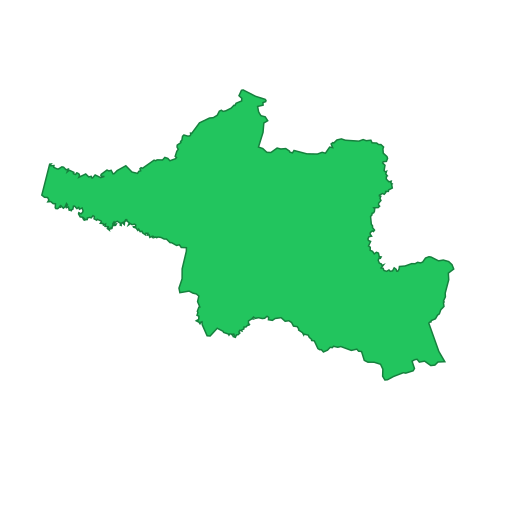 Tonkpi, Dix-Huit Montagnes, Ivory Coast, rotated 71°
{"feature_id": "98640826B98350089255378", "entity_name": "Tonkpi", "entity_type": "district", "adm_level": 2, "iso_a3": "CIV", "parent_name": "Ivory Coast", "parent_adm1": "Dix-Huit Montagnes", "projection": "albers", "projection_center": [-7.715, 7.368], "detail": "fine", "context": "isolated", "style": "filled", "palette": "green", "viewbox_px": 512, "rotation_deg": 71, "n_neighbors": 0, "source": "geoboundaries", "source_scale": "gbopen_adm2", "svg_char_len": 6147}
<svg xmlns="http://www.w3.org/2000/svg" viewBox="0 0 512 512"><g transform="rotate(71 256 256)"><path d="M218.5,105.1L218.7,106.1L217.0,107.1L212.2,104.5L209.3,106.0L208.3,105.0L209.0,101.9L206.5,99.8L204.6,99.8L200.2,102.2L196.0,101.1L194.5,99.9L191.3,101.6L190.5,103.8L188.5,105.1L186.8,109.4L183.9,109.7L182.9,114.2L180.8,116.8L180.9,121.3L175.6,133.9L173.1,137.1L172.6,141.7L174.5,145.7L173.8,146.4L174.5,148.5L178.5,148.2L177.0,150.9L181.4,156.9L179.5,159.7L179.6,164.7L176.0,174.6L168.6,185.7L170.4,188.0L168.7,190.3L167.7,190.2L164.1,192.9L162.9,197.7L160.8,200.9L163.0,208.2L161.5,212.0L156.6,214.6L153.8,218.2L141.4,209.1L132.8,205.3L131.9,200.9L127.4,202.0L125.0,205.6L123.3,206.1L120.5,206.6L115.1,205.8L115.7,200.2L113.2,199.5L113.2,196.6L112.1,195.9L110.8,196.4L104.9,204.4L94.8,214.1L94.6,215.8L98.9,219.9L102.3,218.1L104.7,219.1L105.1,225.1L106.8,226.9L106.3,227.8L108.1,231.3L108.9,237.4L108.5,240.2L106.9,241.3L107.1,243.5L110.3,246.8L111.3,251.3L110.4,255.1L111.7,266.1L119.0,276.7L118.5,277.9L120.1,278.2L120.9,279.5L120.5,281.4L118.1,284.8L118.9,286.5L122.4,288.4L123.1,290.0L124.3,290.1L125.5,294.4L127.3,295.2L129.8,294.8L131.2,296.8L135.5,300.0L137.0,299.1L137.8,300.5L137.9,306.4L135.0,307.6L133.1,310.1L134.8,313.1L132.9,318.2L133.3,319.8L132.2,321.2L136.1,334.7L135.1,335.9L135.7,337.3L137.9,337.3L137.8,339.3L139.3,341.1L136.3,345.9L128.3,349.7L130.0,359.4L132.0,363.4L131.8,364.4L127.8,365.1L127.7,367.4L126.2,368.9L128.4,375.8L129.5,376.5L130.4,376.1L131.4,373.4L131.4,377.3L127.0,381.7L129.0,385.1L128.7,385.8L127.0,385.9L126.8,388.4L123.0,390.3L123.9,397.9L122.6,396.7L121.0,396.6L119.4,397.8L119.0,398.6L120.2,400.0L119.7,400.7L118.7,401.8L117.6,401.0L114.1,404.6L115.0,407.1L112.7,405.3L112.6,407.5L109.4,409.0L108.5,410.5L109.4,414.6L108.9,415.7L106.3,418.4L104.7,417.6L103.9,420.7L103.0,420.9L102.3,419.8L102.0,421.2L128.7,438.7L131.6,436.9L132.8,434.0L135.6,433.6L137.0,435.2L137.7,432.4L140.5,430.7L141.3,428.6L145.0,430.1L146.0,429.8L146.7,428.1L145.7,425.6L146.7,424.5L145.1,425.2L144.7,424.2L148.1,422.6L147.3,420.5L144.7,418.1L146.3,417.6L147.6,419.7L148.6,419.6L148.6,417.4L151.9,417.7L152.2,415.7L153.6,416.2L152.2,415.3L152.1,413.9L149.4,412.4L149.8,411.3L152.9,409.9L152.3,407.8L154.3,407.7L154.0,404.8L157.0,404.8L158.1,405.6L159.2,407.7L157.4,409.4L158.4,410.1L161.8,409.5L162.8,407.5L165.7,407.1L166.1,406.6L164.5,406.3L166.2,405.4L166.6,403.7L165.2,403.1L165.3,400.7L166.3,399.4L164.8,397.0L166.0,396.0L168.1,397.0L170.3,395.0L169.6,394.1L172.4,391.1L173.4,391.1L174.4,392.5L175.5,390.1L177.1,390.2L176.8,387.9L178.8,389.1L180.2,386.2L181.6,387.6L183.5,386.4L181.5,386.3L182.9,385.5L183.1,384.3L182.1,383.8L182.8,383.1L179.8,381.2L180.8,381.0L181.3,378.8L180.2,377.6L179.6,380.2L178.7,380.8L177.5,379.1L178.4,378.9L178.0,375.8L181.2,373.4L182.6,374.3L183.2,373.5L181.1,372.9L180.9,370.3L181.8,369.9L182.1,371.0L183.4,370.3L180.6,369.0L180.4,367.4L179.9,368.1L179.2,367.4L179.5,366.4L181.1,366.5L183.4,365.0L185.2,366.6L184.5,364.2L186.0,363.0L186.3,360.4L187.6,359.6L189.0,360.3L188.4,362.4L188.9,362.4L190.5,360.3L193.3,359.4L192.4,358.2L195.3,357.6L195.4,355.8L197.2,355.7L200.0,353.6L198.6,352.7L199.4,350.8L200.9,351.9L201.2,350.2L203.8,350.3L203.5,348.6L205.1,347.5L203.9,346.9L205.5,345.8L205.4,344.5L206.4,343.9L206.1,342.5L207.6,339.7L210.0,337.4L210.9,335.1L215.4,332.9L215.9,331.5L220.2,327.6L220.4,324.8L223.6,323.9L225.5,319.1L228.8,320.3L244.1,330.0L253.5,333.3L261.3,339.3L265.9,339.9L267.4,330.7L270.6,327.7L272.5,324.7L275.3,323.1L280.1,326.1L285.9,325.7L285.8,326.7L289.2,329.5L290.5,329.3L292.9,331.1L294.3,329.6L296.8,330.6L298.2,332.0L297.5,332.3L297.8,333.6L300.1,331.4L301.8,331.0L300.6,329.7L300.6,328.5L303.5,329.2L315.5,328.2L316.7,325.4L311.7,316.2L316.4,311.7L317.7,311.5L320.8,307.5L322.0,307.3L321.1,306.1L321.6,304.9L323.3,304.0L322.3,303.2L322.7,302.3L324.3,302.5L324.9,303.6L326.2,302.0L324.2,300.1L324.6,298.6L323.6,296.4L322.2,296.9L321.0,295.5L322.2,293.9L321.4,294.0L321.0,291.2L319.3,290.6L319.8,288.5L318.7,286.5L319.1,285.3L318.5,284.4L317.4,285.1L314.9,284.2L314.1,280.4L314.6,279.2L313.6,279.6L312.9,278.2L314.7,277.1L315.2,273.6L317.2,270.4L317.7,268.1L316.6,265.2L318.2,264.0L320.3,265.0L322.2,261.4L321.3,258.3L322.5,252.3L327.2,249.7L327.9,246.0L330.5,244.0L334.5,243.4L336.2,240.0L338.7,239.4L339.9,239.8L343.6,237.0L346.2,236.6L345.5,236.0L347.8,232.4L350.3,232.1L352.9,230.6L354.0,230.9L355.2,228.5L363.7,227.6L365.4,226.2L365.8,224.7L368.7,223.5L368.3,219.0L366.5,215.6L367.5,213.7L366.6,212.1L368.9,208.4L369.2,205.3L376.3,196.6L376.9,191.0L379.4,190.0L380.7,187.3L389.9,187.6L392.8,184.8L394.9,178.9L398.9,173.5L404.3,172.9L410.9,175.4L415.2,174.5L415.8,171.9L414.7,165.2L414.3,154.7L415.5,152.5L415.7,144.8L414.0,142.8L406.3,142.7L405.7,139.7L406.1,137.3L409.5,136.1L410.3,130.8L416.5,126.4L417.4,122.4L415.5,118.4L417.4,111.9L405.8,114.2L375.8,114.5L375.0,113.3L375.4,112.2L374.1,111.2L373.8,106.8L371.0,103.6L370.4,101.5L367.0,98.8L364.9,94.7L361.2,94.0L360.7,93.1L359.6,93.4L356.2,90.2L352.7,89.2L341.2,81.5L334.8,79.7L332.7,73.3L328.0,73.5L324.0,75.6L320.8,80.2L320.0,85.0L314.0,90.8L313.0,92.7L313.1,96.4L316.0,100.4L316.1,102.7L314.6,105.2L315.1,108.1L313.9,111.3L314.0,118.3L312.6,123.8L315.1,125.1L316.6,127.0L316.2,127.9L314.1,127.9L312.2,129.2L314.5,131.7L314.2,134.1L312.5,134.8L313.0,137.5L311.3,139.8L309.1,139.8L308.0,141.6L305.9,138.4L306.0,139.9L304.3,140.1L302.9,141.7L299.8,141.9L298.3,140.5L298.7,139.2L297.6,138.0L296.8,139.7L293.1,139.3L291.7,140.9L292.5,143.5L289.5,144.3L287.8,146.2L284.9,145.1L283.2,146.4L279.5,142.9L278.0,144.6L276.3,144.7L274.5,142.9L274.9,140.3L272.2,141.0L271.1,140.3L270.1,137.9L271.1,137.0L270.1,135.5L267.1,136.6L265.5,136.0L263.4,136.6L255.9,134.8L255.0,133.1L253.4,132.3L253.5,130.8L252.5,129.6L250.1,128.4L248.8,128.9L250.0,124.7L249.1,122.9L247.7,123.5L246.0,122.9L244.2,119.8L241.8,120.0L240.2,118.6L239.4,119.8L238.6,119.5L238.1,116.0L239.4,114.7L238.2,112.6L237.2,112.4L238.0,109.8L236.7,109.1L236.1,105.0L232.2,104.4L232.1,103.8L230.6,104.7L229.3,103.8L229.1,106.2L225.6,107.8L223.2,106.7L223.0,105.7L220.6,106.6L218.5,105.1Z" fill="#22c55e" stroke="#15803d" stroke-width="1.5"/></g></svg>